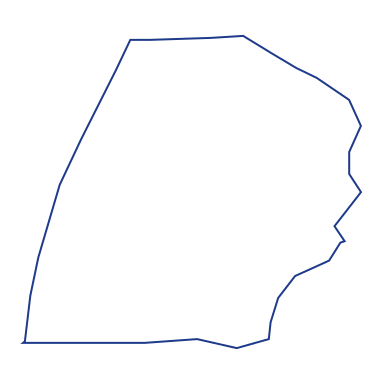 Stenungsund, Västra Götaland, Sweden
{"feature_id": "70781695B70291115197472", "entity_name": "Stenungsund", "entity_type": "district", "adm_level": 2, "iso_a3": "SWE", "parent_name": "Sweden", "parent_adm1": "Västra Götaland", "projection": "natural_earth1", "projection_center": [11.976, 58.067], "detail": "fine", "context": "isolated", "style": "outline", "palette": "blue", "viewbox_px": 384, "rotation_deg": 0, "n_neighbors": 0, "source": "geoboundaries", "source_scale": "gbopen_adm2", "svg_char_len": 506}
<svg xmlns="http://www.w3.org/2000/svg" viewBox="0 0 384 384"><path d="M344.6,241.2L334.5,226.2L361.0,192.1L349.2,174.0L349.2,152.0L360.9,125.9L349.1,99.9L316.7,77.9L296.1,67.9L272.6,53.9L254.8,43.0L243.2,35.9L210.8,37.9L149.0,39.9L130.3,39.9L115.8,70.4L81.1,139.3L59.7,184.8L38.3,257.5L30.3,295.8L24.9,341.3L23.0,342.9L87.7,342.9L144.3,342.9L197.1,339.1L236.7,348.1L268.8,339.1L270.6,322.3L278.2,297.9L295.1,276.0L329.1,260.6L340.4,242.6L344.6,241.2Z" fill="none" stroke="#1e3a8a" stroke-width="2"/></svg>